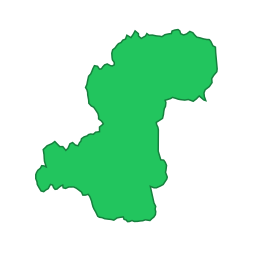 the district of Carmo do Rio Verde, Goiás, Brazil, rotated 171°
{"feature_id": "56859067B98577330438289", "entity_name": "Carmo do Rio Verde", "entity_type": "district", "adm_level": 2, "iso_a3": "BRA", "parent_name": "Brazil", "parent_adm1": "Goiás", "projection": "robinson", "projection_center": [-49.728, -15.419], "detail": "fine", "context": "isolated", "style": "filled", "palette": "green", "viewbox_px": 256, "rotation_deg": 171, "n_neighbors": 0, "source": "geoboundaries", "source_scale": "gbopen_adm2", "svg_char_len": 2723}
<svg xmlns="http://www.w3.org/2000/svg" viewBox="0 0 256 256"><g transform="rotate(171 128 128)"><path d="M223.7,79.4L221.2,78.3L219.0,79.6L216.3,80.6L214.6,82.9L213.4,84.4L211.4,83.4L210.8,80.7L209.6,78.8L207.6,78.8L205.8,80.0L203.6,81.2L201.4,81.8L201.4,79.1L199.1,78.1L195.8,79.0L190.9,78.3L188.4,76.6L186.7,74.9L183.9,71.9L183.1,68.8L180.6,68.4L177.7,68.7L176.6,66.7L176.0,64.4L175.4,61.4L175.2,58.4L174.9,55.7L174.2,53.1L173.0,50.1L171.7,45.6L170.2,44.3L167.5,43.5L165.3,42.1L161.9,41.1L158.9,40.3L156.4,39.2L152.8,40.9L149.8,41.0L146.6,40.9L146.2,38.4L144.3,37.5L143.1,35.6L141.2,35.4L138.5,36.0L136.4,34.7L133.1,34.3L130.7,34.3L127.9,34.1L125.3,34.6L123.3,34.0L120.8,33.2L118.2,35.0L116.5,35.9L114.5,38.1L113.7,41.0L113.9,43.7L112.9,46.2L114.1,50.0L115.1,66.9L111.7,64.9L109.3,64.5L104.9,65.7L102.1,66.7L97.7,71.5L96.9,73.4L97.9,78.4L97.1,80.4L95.8,85.0L96.6,88.3L97.8,90.7L100.6,91.4L101.8,100.3L98.3,121.5L98.4,124.2L99.2,126.6L99.2,129.1L92.4,132.1L90.9,135.7L90.1,138.7L89.1,141.5L87.6,143.5L86.6,147.2L87.0,149.6L81.4,150.4L79.3,151.3L76.1,149.8L73.9,148.6L71.9,147.9L67.6,146.7L63.9,146.7L59.4,144.2L56.0,146.0L52.7,148.5L48.8,143.9L46.9,142.9L47.7,147.1L47.5,150.8L45.8,153.7L41.2,156.2L37.9,159.7L37.6,163.7L35.2,166.5L31.5,169.7L30.7,172.4L29.6,188.8L29.0,194.2L31.3,195.9L32.7,200.6L33.9,202.6L36.4,203.1L39.5,204.2L42.6,205.7L45.9,207.0L47.8,209.7L49.0,211.9L51.8,213.7L55.4,211.7L58.6,211.2L61.2,212.9L61.7,215.8L63.2,217.4L66.6,217.4L69.3,216.9L70.4,214.5L73.6,214.6L76.9,214.4L80.2,212.9L82.3,213.7L85.5,214.5L89.4,216.0L92.8,216.4L94.6,218.3L96.3,216.1L98.3,215.4L100.9,214.4L103.2,217.1L103.0,219.6L105.8,222.8L108.0,219.9L110.9,216.8L114.6,219.8L116.6,216.2L119.4,215.6L121.5,213.5L124.2,212.8L126.2,211.2L128.1,209.2L130.9,207.6L132.3,204.4L132.7,200.1L132.7,197.8L131.3,194.9L131.7,192.6L133.9,191.7L135.7,192.4L138.5,194.5L141.2,194.0L143.4,192.3L145.0,190.6L147.0,190.6L148.4,193.7L151.4,194.8L153.5,191.9L155.0,189.3L156.3,187.3L158.8,185.3L160.5,181.0L161.8,177.4L163.6,174.6L162.6,172.2L162.3,169.5L162.6,167.0L162.5,161.9L162.8,158.5L160.9,155.6L158.6,153.9L156.9,150.4L155.4,147.0L155.2,144.2L155.6,141.6L153.0,138.9L151.7,136.0L153.5,134.8L156.0,133.4L156.7,128.8L160.7,128.9L163.2,127.2L165.8,127.9L167.9,127.7L169.7,126.6L172.8,126.1L175.6,124.7L176.5,122.5L178.2,121.0L180.0,118.3L182.6,119.3L185.0,122.3L187.8,121.5L189.2,119.3L190.5,117.3L192.9,115.6L195.3,119.8L198.3,120.3L201.0,124.1L202.4,126.1L205.4,124.5L210.7,123.1L212.6,121.7L215.1,120.0L215.1,114.8L215.5,111.0L215.7,108.3L214.9,102.4L216.9,103.7L219.1,104.3L220.9,101.9L223.7,100.3L225.3,98.3L226.4,96.3L227.0,92.4L226.3,89.3L226.4,86.4L225.1,82.8L223.7,79.4Z" fill="#22c55e" stroke="#15803d" stroke-width="1.5"/></g></svg>